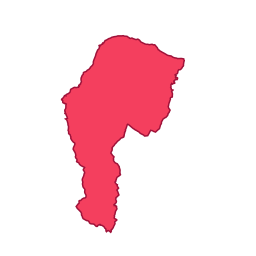 the district of Vatra Moldovitei, Suceava, Romania, rotated 158°
{"feature_id": "2599482B26946498841752", "entity_name": "Vatra Moldovitei", "entity_type": "district", "adm_level": 2, "iso_a3": "ROU", "parent_name": "Romania", "parent_adm1": "Suceava", "projection": "mercator", "projection_center": [25.558, 47.669], "detail": "fine", "context": "isolated", "style": "filled", "palette": "rose", "viewbox_px": 256, "rotation_deg": 158, "n_neighbors": 0, "source": "geoboundaries", "source_scale": "gbopen_adm2", "svg_char_len": 5877}
<svg xmlns="http://www.w3.org/2000/svg" viewBox="0 0 256 256"><g transform="rotate(158 128 128)"><path d="M116.4,217.7L118.6,216.0L119.5,216.3L119.8,215.5L120.1,215.3L120.8,215.6L121.9,215.1L123.7,215.4L124.0,215.3L124.1,215.1L124.0,214.8L123.3,214.5L124.7,213.1L125.1,212.4L126.9,211.7L129.0,209.6L129.5,209.2L131.2,206.9L134.2,203.8L135.2,202.6L135.6,201.9L135.8,201.1L136.0,200.7L137.4,199.5L140.1,198.4L140.6,197.8L141.3,197.6L141.9,197.1L144.2,196.8L145.4,196.1L148.0,196.2L148.7,195.9L149.4,194.5L150.7,194.0L151.7,193.0L151.8,192.7L152.2,192.5L152.5,192.0L152.9,191.8L153.1,191.0L153.5,190.4L153.9,188.2L155.3,187.1L155.6,186.5L156.2,186.5L156.5,186.1L157.2,186.2L157.7,186.0L157.8,185.7L157.7,185.0L158.2,184.9L158.3,184.5L158.7,184.3L159.4,184.7L160.3,184.7L161.1,185.0L162.0,185.6L162.8,185.8L166.7,185.3L168.1,183.2L168.8,182.7L170.7,182.2L171.6,182.3L172.8,182.1L173.2,181.9L173.5,181.1L174.4,181.8L174.9,181.7L175.8,180.8L176.4,180.6L177.9,179.6L178.6,179.7L178.9,179.3L179.0,179.0L178.3,177.9L178.9,176.0L177.8,174.6L177.6,174.7L177.3,174.2L176.8,174.0L176.3,173.3L176.9,172.7L178.1,169.9L178.9,169.0L179.6,168.6L180.1,167.8L180.1,167.5L180.3,167.3L180.1,166.8L180.2,166.1L180.9,165.5L181.1,165.1L180.2,164.1L180.5,163.5L180.3,160.9L180.5,160.5L180.5,159.7L182.5,159.8L182.1,159.2L181.8,158.5L181.7,157.6L181.9,155.7L182.0,155.5L182.0,154.6L182.5,153.4L182.5,152.2L182.6,151.7L183.4,149.8L183.7,149.5L183.9,148.9L184.4,148.4L184.4,146.8L184.9,145.7L185.1,145.0L185.0,144.6L184.5,144.1L184.2,143.4L184.4,142.3L184.3,141.4L185.0,139.5L184.9,139.3L184.7,137.7L184.0,135.4L183.4,134.5L183.1,134.3L183.2,133.1L184.2,131.9L185.8,130.4L186.8,129.0L186.4,125.7L186.2,125.2L186.4,123.4L186.7,122.0L187.5,121.2L187.7,120.0L187.1,118.3L187.2,117.6L187.4,117.1L188.2,116.3L188.2,115.9L186.9,114.4L186.6,113.7L186.6,112.6L186.0,111.3L185.4,110.4L183.0,107.7L183.9,107.0L184.8,106.5L185.2,105.9L184.8,103.9L185.0,102.5L185.7,102.1L187.1,100.1L189.2,98.1L189.9,97.0L190.2,94.7L191.2,93.2L191.7,90.5L191.7,89.9L191.0,87.3L191.1,86.8L191.9,85.5L192.2,84.7L192.3,83.6L192.1,81.7L192.2,80.9L193.0,79.6L193.4,79.3L194.2,79.3L195.3,79.6L197.0,79.4L199.1,78.5L200.1,78.9L200.6,78.8L200.8,78.6L201.4,76.7L202.4,76.4L205.5,74.6L205.2,73.4L205.2,72.5L204.4,70.8L204.1,70.0L203.2,67.8L203.1,66.0L203.6,65.1L203.7,64.8L203.5,63.0L203.7,61.9L203.5,60.7L201.1,57.7L200.3,57.3L199.6,56.6L199.2,55.7L199.3,54.7L198.8,53.5L198.0,52.9L196.2,52.0L195.5,51.4L194.5,49.0L194.3,48.7L193.3,48.3L193.0,48.4L192.7,48.8L192.2,49.0L190.5,49.2L189.9,48.9L190.2,48.4L188.5,47.4L187.9,46.4L187.3,45.7L187.0,43.8L186.4,42.8L186.7,41.5L187.0,40.7L186.8,39.9L185.4,40.4L184.7,40.3L183.8,39.2L183.1,37.8L182.5,38.2L182.0,38.8L181.9,39.2L182.0,39.6L181.8,39.8L181.3,40.1L180.8,40.0L179.0,41.2L178.1,42.2L175.9,44.1L175.5,45.8L175.2,46.1L173.6,46.5L172.8,46.9L173.1,47.7L173.7,48.2L173.9,48.6L174.5,49.3L174.4,50.0L173.7,50.9L173.5,51.9L172.6,52.7L170.8,55.4L168.6,57.1L168.4,57.8L168.4,58.9L168.5,60.0L168.2,60.0L168.4,60.3L168.5,60.8L169.8,61.2L169.7,61.6L169.8,62.1L167.0,63.2L166.1,64.5L166.2,65.2L166.1,66.7L165.6,67.1L165.4,67.8L165.1,68.0L163.3,68.5L162.5,69.0L161.5,69.3L161.4,72.4L161.4,74.1L161.6,74.6L159.4,75.7L159.5,75.9L159.3,76.0L159.7,77.8L159.5,78.9L159.3,79.2L159.5,79.2L159.6,79.4L160.4,82.4L160.0,83.0L159.1,83.3L159.0,83.5L158.8,84.1L158.2,84.6L158.2,84.8L156.7,86.4L153.6,87.1L152.5,87.5L152.6,88.2L152.4,88.6L152.6,88.9L152.3,89.2L152.4,89.4L152.4,89.5L152.0,90.1L151.1,92.0L150.8,95.1L150.6,95.4L151.3,98.8L152.8,100.3L153.3,101.5L153.6,102.8L153.5,103.8L153.1,104.3L152.8,105.5L151.8,106.4L151.8,106.8L152.6,108.3L152.9,110.0L153.3,111.0L153.1,111.4L152.5,112.1L151.1,113.3L150.8,114.0L150.4,114.4L150.3,114.8L150.4,115.4L149.1,116.3L147.3,117.1L146.3,117.9L144.5,118.6L142.8,119.6L140.2,120.3L138.7,121.1L137.6,121.3L136.6,121.1L136.4,121.3L135.7,121.2L135.7,121.4L134.9,121.7L134.8,122.3L134.2,122.7L133.8,123.6L133.3,124.1L133.1,124.6L132.6,125.1L132.7,125.3L131.4,126.3L131.1,126.9L131.0,127.5L130.5,127.8L129.4,129.0L127.4,131.4L126.8,131.6L126.1,130.7L123.4,125.6L122.5,124.4L122.0,123.5L121.0,122.5L120.4,121.5L119.5,120.6L118.6,118.4L116.3,115.8L116.0,115.3L115.7,114.4L114.6,114.0L112.6,113.5L109.8,115.7L109.3,116.3L107.9,117.3L107.8,117.1L107.1,116.9L106.5,116.5L105.6,115.3L104.0,113.9L101.5,114.9L99.1,115.6L96.6,118.8L95.6,119.4L95.2,119.9L94.7,121.1L94.2,121.6L93.5,121.9L92.5,123.0L89.9,123.7L89.0,123.6L86.7,124.7L85.9,125.5L85.6,126.2L84.0,127.1L83.0,128.2L82.7,128.4L82.3,128.8L82.4,129.6L82.9,131.0L82.6,133.0L81.7,134.0L81.3,134.9L77.9,138.8L77.7,139.7L77.5,139.9L77.0,140.2L75.9,140.3L75.6,140.1L75.1,140.6L74.8,141.1L74.6,142.0L74.3,142.3L73.9,143.2L73.8,145.8L72.5,146.0L72.1,146.3L72.8,146.8L73.4,147.9L73.0,148.7L73.3,149.5L72.7,150.1L72.1,151.9L71.3,152.3L70.9,152.9L70.3,152.0L69.6,152.3L68.0,152.0L67.7,152.8L67.7,153.1L67.9,153.3L68.2,153.6L67.9,154.3L67.5,154.6L67.1,154.5L66.5,155.0L65.4,154.9L64.3,154.5L63.6,155.1L63.3,155.9L63.6,156.3L63.9,156.5L65.1,156.6L65.1,157.0L64.4,157.5L64.5,158.0L64.4,158.7L64.4,159.1L63.9,158.9L64.1,159.7L61.9,160.0L61.2,160.6L60.7,161.6L59.6,162.8L59.0,163.0L58.0,162.5L56.4,162.9L55.0,163.8L54.4,164.4L53.5,164.7L53.1,165.2L52.8,166.1L51.3,168.6L50.7,169.2L50.5,169.8L50.8,171.1L50.6,171.3L52.3,172.4L56.0,173.8L56.8,174.6L58.6,175.7L60.0,177.0L60.9,178.5L64.0,180.5L66.1,183.3L68.2,185.8L68.5,186.3L69.3,187.1L69.9,188.5L70.6,189.2L70.8,191.7L71.1,192.4L71.8,194.7L72.1,195.2L73.1,195.4L74.3,196.6L77.1,197.3L78.4,198.3L79.4,198.6L80.6,199.4L83.8,202.9L84.5,205.3L85.2,206.1L85.5,206.7L85.8,206.8L86.8,206.8L88.1,207.4L89.4,208.7L90.0,209.1L90.2,209.5L90.6,209.9L91.1,210.1L92.1,210.1L92.9,210.6L92.9,211.0L93.3,211.4L94.6,213.4L96.9,214.5L97.9,215.4L99.2,215.7L102.9,217.2L104.6,217.3L106.4,217.8L109.1,218.2L110.6,217.9L112.3,218.1L115.2,217.6L116.4,217.7Z" fill="#f43f5e" stroke="#9f1239" stroke-width="1.5"/></g></svg>